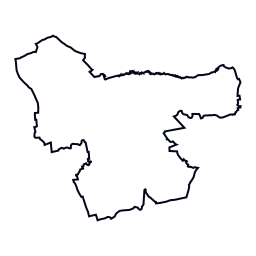 Tinca, Bihor, Romania (Equal Earth projection)
{"feature_id": "2599482B90584172362262", "entity_name": "Tinca", "entity_type": "district", "adm_level": 2, "iso_a3": "ROU", "parent_name": "Romania", "parent_adm1": "Bihor", "projection": "equal_earth", "projection_center": [21.941, 46.761], "detail": "fine", "context": "isolated", "style": "outline", "palette": "ink", "viewbox_px": 256, "rotation_deg": 0, "n_neighbors": 0, "source": "geoboundaries", "source_scale": "gbopen_adm2", "svg_char_len": 5705}
<svg xmlns="http://www.w3.org/2000/svg" viewBox="0 0 256 256"><path d="M190.5,182.3L190.4,182.0L191.3,181.0L193.6,177.2L194.9,172.3L196.2,169.9L198.0,167.9L194.6,167.2L193.3,167.9L191.3,167.0L190.5,167.1L190.2,166.7L188.2,166.8L187.7,166.1L188.2,164.6L186.9,163.9L186.0,162.3L186.9,161.4L186.6,161.0L184.4,160.3L183.8,159.4L183.1,160.7L182.4,160.6L182.3,159.9L180.4,158.2L177.9,154.6L177.4,153.4L177.1,151.4L169.5,151.0L169.4,147.4L176.5,144.6L175.3,144.0L172.9,141.4L171.1,142.0L170.4,141.9L169.7,141.4L168.4,139.6L166.9,139.5L166.7,139.3L167.1,138.3L163.7,133.3L164.3,132.9L164.6,131.8L164.9,131.8L165.0,131.4L184.4,127.8L173.9,116.5L176.0,115.7L177.2,114.9L178.4,112.0L179.4,111.3L180.9,110.7L181.7,111.0L182.1,112.8L183.4,114.2L187.1,115.0L188.6,117.3L190.3,118.0L191.3,117.9L191.7,117.6L192.6,115.9L192.4,114.0L193.1,113.9L199.2,114.1L201.0,118.4L202.6,117.9L203.5,115.9L205.0,115.5L208.7,115.4L209.5,115.1L210.4,115.4L214.9,114.9L217.2,115.7L219.0,117.2L220.9,117.7L223.2,117.3L230.6,114.4L232.6,114.8L233.0,114.3L234.5,114.5L235.0,114.3L235.4,112.4L236.3,111.9L236.5,111.3L237.3,110.3L238.2,110.0L237.7,108.1L238.7,107.9L238.7,107.5L239.7,107.0L240.4,107.3L240.6,106.7L240.6,106.2L239.5,106.4L237.3,104.9L237.8,104.1L238.1,102.9L237.7,99.8L240.1,99.5L239.5,95.7L237.5,95.9L238.1,88.1L240.5,82.3L239.0,78.9L237.9,79.2L237.1,78.2L234.8,70.3L233.6,68.4L232.5,67.4L230.8,68.3L228.5,68.5L225.6,67.4L223.7,66.0L223.6,65.1L223.0,65.0L220.5,65.8L219.1,66.7L218.8,67.3L218.4,67.5L218.4,68.1L217.9,68.0L217.3,68.4L217.9,68.6L217.4,69.2L217.8,69.4L217.7,69.9L217.1,69.9L217.3,70.2L216.9,70.6L216.5,70.1L216.1,70.2L216.2,70.4L216.0,70.7L215.5,70.7L215.2,71.9L214.9,71.7L213.9,71.8L212.7,72.4L211.7,72.4L209.4,73.8L208.3,74.1L203.6,74.9L199.9,75.2L198.8,75.0L196.9,75.8L196.4,76.4L195.4,76.8L194.9,77.3L194.1,77.2L193.0,77.7L191.6,77.4L188.7,77.4L188.3,77.0L186.5,77.2L186.4,76.9L185.3,77.4L185.0,77.8L184.0,77.8L183.6,78.2L182.5,78.2L182.4,77.9L181.5,78.0L181.4,78.2L180.8,77.6L180.5,77.8L179.9,77.3L179.5,77.4L179.5,77.0L178.6,77.1L178.1,76.7L177.7,76.8L177.6,76.0L177.2,75.9L177.1,76.3L176.5,76.2L176.1,76.6L175.7,76.1L175.4,76.2L175.2,75.5L174.5,75.9L173.9,75.4L173.0,75.8L172.4,75.4L172.4,74.9L171.0,75.1L169.8,74.7L169.5,74.4L169.0,74.5L168.2,74.0L167.2,74.0L165.8,74.4L164.2,73.9L164.2,73.4L163.9,73.5L163.8,73.3L163.4,73.8L162.7,73.8L162.4,74.1L161.4,73.9L161.2,73.7L160.9,73.7L160.7,74.1L160.0,73.3L159.0,73.1L159.0,73.4L158.5,73.0L158.2,73.5L157.9,73.2L157.6,73.4L156.8,73.1L156.7,73.4L156.4,73.3L156.0,73.6L155.7,73.3L155.1,73.8L155.2,74.0L154.7,74.3L153.7,74.2L152.5,73.7L152.4,73.9L151.7,74.0L151.9,73.7L151.0,73.7L150.8,73.2L150.3,73.3L150.4,73.0L149.8,73.0L149.7,72.1L149.2,72.2L149.2,71.8L148.7,71.6L148.5,70.9L148.1,70.9L148.2,70.6L147.6,71.5L147.3,71.1L146.7,71.3L146.9,71.5L145.9,71.6L145.8,72.1L144.3,72.3L143.3,73.1L143.4,73.4L141.5,72.9L141.1,73.6L140.8,73.3L140.9,72.9L140.4,73.2L140.0,73.0L139.6,73.3L139.8,73.6L139.7,73.8L139.2,73.7L139.1,74.1L138.2,73.4L136.9,73.5L136.7,73.3L136.9,72.9L136.5,73.1L136.1,72.9L136.4,73.2L136.1,73.3L136.2,73.7L135.3,73.8L134.9,73.1L135.1,72.8L134.6,72.9L134.8,72.6L134.5,72.6L134.4,72.3L134.6,72.2L134.3,72.0L134.2,72.5L133.3,72.4L133.3,72.0L133.0,72.4L132.5,72.2L132.5,71.4L131.9,71.4L131.9,71.1L130.1,71.3L130.2,72.0L129.9,72.3L130.5,72.5L130.2,72.8L130.7,73.4L129.9,73.8L128.6,73.7L128.5,74.2L128.2,74.2L127.1,73.7L126.8,73.1L126.1,73.5L125.9,72.8L125.7,74.0L124.4,74.6L123.2,74.4L122.8,74.5L122.9,74.9L122.3,74.8L122.3,75.2L121.3,75.3L121.0,74.7L120.8,75.1L120.2,75.1L119.6,76.0L119.3,75.7L118.6,76.2L118.0,75.5L108.5,78.1L105.3,79.5L104.6,78.9L104.6,78.2L104.0,76.7L105.2,76.2L104.4,74.9L103.3,74.9L102.9,73.9L100.8,74.1L100.3,75.2L98.9,76.3L97.7,76.2L96.9,76.7L96.1,76.5L94.5,77.1L88.9,71.2L89.9,71.7L90.7,71.5L92.5,69.8L91.6,69.4L87.8,65.0L83.1,60.3L85.0,57.6L84.8,56.5L85.0,54.0L80.9,53.2L75.0,51.0L70.7,47.5L66.7,45.8L64.8,44.2L61.7,42.2L56.2,37.0L54.5,36.6L53.0,35.7L51.2,36.8L47.1,37.9L44.3,39.6L42.5,39.9L37.3,43.4L35.8,43.9L37.5,47.0L35.8,52.1L34.6,51.8L33.1,52.1L31.3,53.0L27.2,54.2L24.5,55.9L21.1,57.4L20.2,58.2L15.4,59.0L15.9,62.0L16.6,70.3L17.8,73.7L19.5,77.5L23.8,82.2L27.2,85.3L28.9,87.5L31.3,88.9L34.3,94.9L37.8,103.0L38.3,107.3L38.2,112.7L34.9,113.0L34.8,113.8L35.2,119.8L36.3,119.7L36.9,126.2L36.4,126.7L34.3,127.1L35.4,131.9L34.6,133.1L34.4,136.6L34.7,137.2L35.8,137.8L39.5,137.6L39.9,138.9L43.5,141.8L44.5,143.4L44.6,144.9L50.8,142.5L51.7,152.1L58.3,150.6L58.6,149.5L61.6,147.8L62.3,147.9L63.8,148.7L65.7,147.7L66.9,147.5L70.0,148.4L70.8,148.2L70.9,145.7L71.7,144.3L72.6,143.8L75.4,144.1L77.9,144.1L79.2,145.1L80.1,145.0L81.6,142.6L81.6,141.0L82.3,140.2L83.3,140.1L83.8,140.3L84.8,142.1L85.6,142.4L87.6,152.0L88.7,151.9L89.2,158.7L88.3,158.6L87.8,159.0L88.2,160.2L88.1,161.4L88.8,161.7L90.5,161.4L91.0,161.6L91.0,161.9L89.2,163.6L89.2,164.8L88.8,165.1L88.0,165.1L86.6,164.4L86.1,163.3L83.8,164.3L83.6,165.9L82.0,166.5L82.0,166.9L83.2,168.1L83.2,168.6L80.3,169.4L79.7,171.2L78.0,173.9L78.0,174.3L76.0,175.0L76.1,175.6L77.1,176.5L77.9,179.4L73.2,179.9L73.7,181.9L75.2,183.7L76.7,187.3L77.3,189.6L79.4,193.8L81.3,196.9L82.7,196.6L86.0,207.0L88.0,211.9L89.1,216.3L95.9,214.7L97.6,220.3L100.0,219.4L104.7,218.4L107.6,217.0L108.6,217.0L110.4,217.5L111.1,218.8L114.7,216.5L116.1,213.6L119.6,210.9L123.0,210.4L129.5,209.9L132.9,208.6L134.7,206.8L135.6,207.2L137.4,207.4L139.4,209.5L140.3,209.8L141.6,209.0L142.0,206.7L143.5,204.4L144.4,190.1L145.2,189.3L145.8,189.9L145.5,191.3L146.5,193.5L147.3,194.4L147.9,195.6L149.2,197.1L150.1,197.4L155.0,201.8L155.9,201.9L156.0,203.4L160.2,202.9L166.5,201.6L170.3,200.2L174.8,199.8L186.4,197.3L188.6,189.8L189.2,186.4L188.9,185.0L190.5,182.3Z" fill="none" stroke="#020617" stroke-width="2"/></svg>